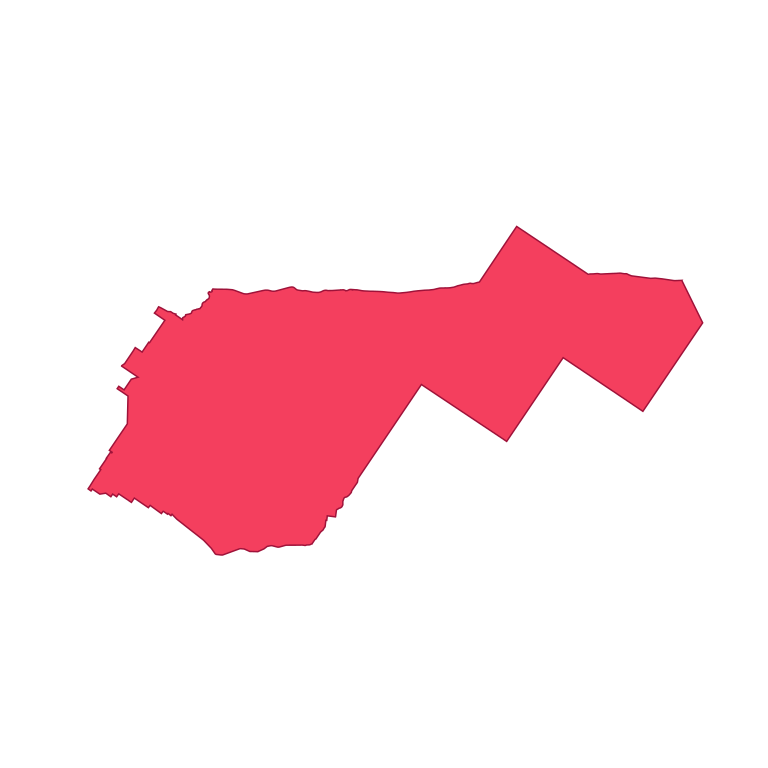 Wandering, Western Australia, Australia (Albers equal-area conic projection), rotated 124°
{"feature_id": "25037944B32288278809201", "entity_name": "Wandering", "entity_type": "district", "adm_level": 2, "iso_a3": "AUS", "parent_name": "Australia", "parent_adm1": "Western Australia", "projection": "albers", "projection_center": [116.618, -32.526], "detail": "fine", "context": "isolated", "style": "filled", "palette": "rose", "viewbox_px": 768, "rotation_deg": 124, "n_neighbors": 0, "source": "geoboundaries", "source_scale": "gbopen_adm2", "svg_char_len": 5907}
<svg xmlns="http://www.w3.org/2000/svg" viewBox="0 0 768 768"><g transform="rotate(124 384 384)"><path d="M131.5,195.0L135.4,200.3L135.7,200.7L135.9,201.1L136.2,201.6L141.2,212.0L144.2,217.7L144.6,218.4L147.3,222.0L148.0,223.4L152.5,232.4L155.7,238.8L155.9,239.2L156.0,239.5L156.1,240.0L156.6,242.2L156.8,243.9L156.9,244.4L157.0,244.6L157.2,245.0L158.2,246.4L159.1,248.3L159.6,249.4L159.9,250.0L161.4,252.1L161.8,252.5L164.8,256.6L169.8,263.3L171.6,265.7L172.1,266.7L172.9,268.5L173.6,269.5L174.0,270.0L175.5,271.8L177.5,274.6L177.9,275.1L178.6,275.7L178.9,276.2L179.2,362.1L181.9,362.1L189.7,362.1L246.1,361.9L247.8,363.5L250.2,365.5L250.8,366.1L251.3,366.9L251.6,367.4L252.1,368.6L252.2,368.8L252.6,369.2L252.8,369.5L254.2,370.6L254.7,371.2L256.7,373.6L257.0,373.9L257.3,374.2L259.4,376.0L260.6,377.1L261.2,377.7L264.1,379.8L264.7,380.3L267.5,383.3L268.1,384.1L269.3,385.7L269.9,386.7L270.4,387.3L272.6,390.5L273.1,391.1L273.4,391.5L275.7,393.7L277.4,395.2L278.0,395.8L281.0,399.3L283.5,402.7L287.7,407.9L290.5,411.2L293.0,413.8L295.4,416.5L300.1,422.2L300.5,422.8L300.9,423.3L303.0,427.4L305.7,432.0L307.7,435.8L308.6,437.4L310.6,440.7L313.8,445.8L314.5,446.8L318.3,453.1L319.0,454.5L320.6,458.1L320.9,458.8L321.6,459.9L322.5,461.5L323.7,463.6L323.8,463.4L323.9,463.7L324.0,463.9L324.4,464.6L324.6,465.0L325.1,465.5L326.7,466.4L327.3,466.9L328.0,467.7L328.1,467.9L328.2,468.1L328.1,468.9L328.2,469.1L328.5,470.1L328.7,470.4L329.0,470.9L329.9,472.0L330.1,472.3L330.1,472.5L330.6,472.9L330.9,473.3L335.4,479.1L337.7,482.4L337.9,482.7L338.4,483.9L338.6,484.3L338.9,484.7L339.1,485.1L339.4,485.4L339.9,485.9L340.5,486.4L342.7,487.7L343.5,488.3L344.2,489.0L344.7,489.5L345.6,490.8L347.0,493.2L347.7,494.4L349.1,498.1L350.2,500.6L350.6,501.4L351.0,502.0L351.6,502.7L351.9,503.1L352.3,503.6L353.7,506.6L354.3,507.9L354.5,508.5L354.6,508.8L354.6,509.4L354.6,510.1L354.4,511.8L354.4,512.5L354.4,512.9L354.5,513.3L354.7,513.9L355.1,514.6L355.3,514.9L356.7,516.4L358.4,517.9L366.7,525.1L367.6,525.9L368.4,526.8L369.1,527.8L369.4,528.3L369.7,528.9L369.9,529.4L370.7,531.6L371.1,532.6L371.5,533.3L371.8,533.7L372.5,534.8L373.3,535.7L374.8,537.2L385.1,547.0L385.7,547.6L386.5,548.7L387.0,549.6L387.4,550.3L387.6,550.8L387.9,551.9L389.9,560.1L390.1,560.7L390.4,561.7L390.6,562.3L390.8,562.7L392.3,565.4L393.4,567.3L399.0,575.8L399.9,577.2L400.9,579.0L402.7,579.0L402.8,578.6L403.0,578.4L403.3,578.3L403.5,578.3L403.9,578.4L404.2,578.7L404.5,578.9L404.6,579.0L404.9,579.1L405.0,579.2L405.1,579.4L405.2,579.7L405.0,580.0L405.1,580.3L405.4,580.3L405.6,580.4L405.9,580.7L406.1,580.8L406.5,580.7L406.9,580.6L407.1,580.5L407.2,580.3L407.4,580.1L408.0,578.8L408.0,578.6L408.6,578.0L408.7,577.9L409.0,577.7L410.4,577.1L410.6,577.1L410.9,577.1L411.5,577.1L412.9,577.8L413.1,577.9L413.4,577.8L413.5,577.8L413.8,578.0L414.8,578.2L415.3,578.1L415.6,578.2L416.8,579.1L417.2,579.3L417.6,579.4L418.3,579.6L418.6,579.6L419.1,579.5L419.9,579.2L420.1,579.1L420.4,578.9L420.7,578.7L421.0,578.6L421.4,578.6L422.1,578.5L423.1,578.8L423.5,578.8L423.8,578.7L424.0,578.7L424.3,578.7L424.8,579.1L425.2,579.6L425.8,580.1L426.7,581.0L426.9,581.2L427.4,581.4L427.8,581.7L428.0,581.8L428.1,582.0L428.4,582.3L428.8,582.7L429.7,583.3L429.9,583.5L430.5,583.8L430.8,583.8L431.2,583.8L431.5,583.7L432.3,583.5L432.6,583.4L433.0,583.4L433.3,583.5L433.5,583.6L434.2,584.0L435.0,584.7L435.2,584.9L435.8,585.5L436.2,585.9L437.0,586.7L437.2,586.8L437.4,587.1L437.6,587.1L438.0,587.0L438.7,586.8L438.7,586.7L439.0,586.7L439.5,586.8L439.8,587.0L440.8,587.6L441.4,587.8L441.5,587.9L442.0,587.8L442.6,587.3L443.0,587.1L443.4,586.9L443.3,590.0L443.3,595.4L442.4,595.5L443.3,598.4L443.3,601.3L444.9,603.9L445.6,611.6L446.0,614.0L446.8,614.0L449.9,613.7L453.6,614.0L453.7,601.3L480.9,601.5L480.9,602.4L492.8,602.4L492.8,605.1L492.9,610.6L497.2,610.4L512.1,610.4L515.5,611.7L515.9,611.5L515.9,591.7L521.3,596.2L534.2,596.2L534.2,602.6L537.1,602.6L537.1,589.5L560.6,574.5L592.6,574.6L592.6,571.2L593.3,571.2L593.3,572.6L600.9,572.7L600.9,572.3L613.4,572.4L613.4,570.9L624.9,571.0L632.8,570.7L636.4,570.7L636.5,567.1L634.2,567.1L634.2,558.0L630.1,553.6L630.2,547.4L627.0,547.4L627.0,542.6L623.4,542.5L623.4,527.2L618.2,527.2L618.3,510.2L615.4,510.0L615.9,496.1L613.2,496.0L612.9,495.6L613.0,491.0L613.0,490.7L612.3,490.7L612.1,490.7L612.1,490.0L612.3,487.0L610.5,486.9L611.6,481.7L611.9,480.2L612.0,479.1L614.4,446.1L614.5,445.7L616.8,435.2L619.0,429.5L619.2,429.0L619.2,428.8L619.2,428.4L619.2,428.2L619.1,427.8L617.0,423.7L616.4,422.7L616.1,422.3L615.9,422.1L601.8,411.9L601.3,411.5L601.0,411.2L600.9,411.1L600.7,410.8L599.1,407.9L599.0,407.6L598.9,407.4L597.9,401.7L597.8,401.4L597.5,401.0L595.0,397.1L593.8,395.2L593.6,394.8L593.3,394.7L587.8,391.3L583.9,390.0L581.3,387.4L581.0,387.0L580.8,386.6L580.6,386.3L578.8,381.2L578.6,380.8L578.3,380.3L577.9,379.9L577.7,379.6L573.1,375.7L572.7,375.3L572.3,374.9L564.6,363.6L563.7,362.4L562.9,361.1L562.0,359.1L560.7,358.1L559.3,356.2L559.0,355.8L558.6,355.5L558.2,355.2L557.3,354.7L557.0,354.5L556.7,354.2L556.5,354.3L556.0,354.3L551.6,354.3L551.2,354.2L550.8,353.9L550.6,353.8L550.4,353.8L542.5,353.8L541.9,353.7L539.0,352.9L538.7,352.9L538.2,353.0L536.9,353.1L535.4,353.0L534.1,353.6L529.5,356.0L529.1,355.2L525.0,357.3L521.3,349.9L521.2,349.9L515.4,352.8L515.1,352.9L514.9,352.9L514.6,352.9L514.4,352.9L513.5,352.3L512.5,352.0L512.3,351.9L511.5,351.2L511.1,350.9L510.8,350.7L509.8,350.4L509.6,350.3L509.3,350.3L509.1,350.3L507.4,350.5L507.1,350.6L505.8,351.5L504.3,352.5L501.3,353.3L500.8,353.3L500.4,353.3L500.0,353.1L499.6,352.9L498.7,352.0L498.3,351.7L496.7,351.1L496.1,350.9L492.9,350.5L492.3,350.5L491.8,350.6L491.5,350.7L490.9,351.0L490.6,351.1L489.5,351.1L482.4,351.1L482.2,351.0L480.5,351.1L480.3,351.1L477.2,352.5L476.9,352.6L476.7,352.7L472.7,352.7L363.5,352.7L363.0,250.2L262.0,250.2L261.9,163.9L261.9,154.1L155.1,154.0L131.6,195.0L131.5,195.0Z" fill="#f43f5e" stroke="#9f1239" stroke-width="1.5"/></g></svg>